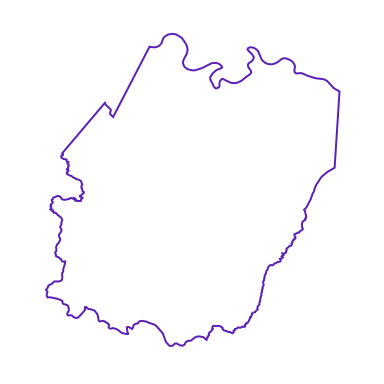 outline of Obando, Valle del Cauca, Colombia, rotated 96°
{"feature_id": "7082276B70785210683383", "entity_name": "Obando", "entity_type": "district", "adm_level": 2, "iso_a3": "COL", "parent_name": "Colombia", "parent_adm1": "Valle del Cauca", "projection": "natural_earth1", "projection_center": [-75.925, 4.598], "detail": "fine", "context": "isolated", "style": "outline", "palette": "violet", "viewbox_px": 384, "rotation_deg": 96, "n_neighbors": 0, "source": "geoboundaries", "source_scale": "gbopen_adm2", "svg_char_len": 5982}
<svg xmlns="http://www.w3.org/2000/svg" viewBox="0 0 384 384"><g transform="rotate(96 192 192)"><path d="M334.4,237.5L334.0,236.9L330.2,235.9L329.7,235.5L328.1,231.9L327.1,231.7L326.1,230.7L325.4,228.6L325.7,223.6L326.5,221.4L327.9,215.2L329.1,213.3L335.6,206.3L343.9,202.2L347.3,198.3L347.2,195.9L346.8,195.1L344.8,193.4L344.2,192.0L344.4,190.9L345.8,187.8L345.8,185.2L344.4,183.3L342.7,182.9L340.6,180.9L339.9,177.5L336.4,173.9L335.1,171.4L334.9,169.4L335.2,165.7L335.6,164.7L336.5,163.9L337.4,162.0L335.5,161.8L335.0,161.1L334.0,161.3L332.8,160.0L331.3,160.5L329.7,159.9L328.8,158.5L327.0,157.7L326.2,157.7L325.8,156.9L324.9,157.5L323.8,157.5L323.3,157.3L322.8,156.3L322.6,155.7L322.9,154.7L322.3,151.2L322.9,149.0L323.8,148.0L323.8,147.4L325.4,147.1L326.4,145.5L326.5,143.9L327.4,141.4L327.3,139.8L328.3,137.0L327.0,135.8L325.8,136.2L325.3,135.9L325.0,135.0L323.8,135.0L323.1,133.2L321.9,132.1L322.0,129.9L320.6,127.5L320.8,126.9L320.3,125.2L319.8,125.2L319.1,125.6L318.2,124.6L317.3,124.7L316.8,124.3L316.6,123.2L314.1,121.9L312.4,121.5L311.4,120.9L310.9,121.2L310.3,121.1L310.1,120.3L307.7,119.5L307.2,119.8L306.6,119.7L305.5,118.4L304.9,116.7L303.4,115.8L302.4,114.7L301.7,114.4L300.5,114.9L299.0,114.6L296.8,113.2L295.0,113.4L292.8,112.7L291.1,113.0L287.2,112.2L285.2,112.4L284.1,111.9L282.6,112.2L281.5,112.0L280.9,111.5L279.9,111.9L276.9,111.0L274.6,111.8L272.8,111.6L272.0,111.0L271.0,111.3L269.4,110.8L267.3,111.1L265.7,110.1L262.6,109.7L261.5,108.9L258.1,108.1L256.3,106.3L256.6,104.9L256.3,103.8L254.5,102.6L254.1,101.2L252.7,99.8L252.4,98.2L251.8,96.9L250.4,96.7L249.3,97.6L248.8,96.3L247.6,94.8L247.0,95.1L246.5,96.0L245.2,94.5L244.6,95.4L243.7,95.7L244.0,94.3L243.0,93.4L242.5,92.3L241.2,92.2L240.3,91.7L239.9,92.1L238.2,92.0L237.6,91.0L235.6,89.5L235.1,87.9L234.7,87.7L233.3,87.1L232.5,87.6L231.5,86.7L230.3,87.0L229.5,86.5L229.2,85.8L228.3,85.8L227.7,84.6L227.2,84.8L226.2,84.3L225.1,85.3L223.3,85.7L221.9,83.1L221.2,82.5L221.2,81.3L220.6,81.1L219.2,79.9L217.8,78.1L216.5,78.0L215.8,78.8L212.5,79.3L210.1,79.0L209.2,77.9L208.5,77.6L208.1,76.7L207.5,76.8L207.0,76.3L206.4,76.4L206.1,76.0L205.6,76.2L204.4,75.8L200.8,77.2L199.5,77.4L197.9,78.7L195.6,76.7L186.8,73.2L180.4,71.7L179.0,70.9L174.5,70.1L171.5,69.0L163.9,65.1L161.8,63.3L157.7,59.2L153.0,52.7L76.6,55.8L73.8,62.0L67.5,69.1L66.4,71.6L66.0,73.7L66.0,80.1L65.4,84.1L64.1,89.9L62.5,94.7L62.4,96.4L63.1,100.1L63.0,101.2L61.8,102.6L60.7,102.9L56.7,102.7L55.0,103.2L52.4,105.1L50.4,108.2L49.2,113.1L49.4,114.8L50.4,116.8L53.8,120.3L55.6,123.1L56.7,126.0L56.8,129.7L55.9,132.7L53.8,135.8L52.9,136.6L45.5,140.7L43.8,142.3L42.7,144.3L42.1,146.0L41.9,148.0L42.3,150.1L43.4,151.5L44.7,151.6L49.0,146.4L51.1,144.8L52.0,144.6L54.1,145.1L56.1,146.7L57.4,148.4L59.3,149.7L61.9,149.1L65.2,146.2L66.3,145.7L67.5,145.7L69.8,147.6L71.7,150.0L76.0,154.2L78.3,157.8L79.0,159.8L79.3,161.1L79.3,164.6L78.8,166.5L76.2,173.5L76.3,173.9L77.5,175.0L79.2,175.9L81.9,176.0L83.8,175.7L85.0,176.2L86.3,178.2L86.5,179.3L85.7,180.5L84.2,181.8L81.3,183.3L79.3,185.0L77.0,185.9L75.5,185.7L71.9,183.8L68.3,180.6L65.5,175.4L64.6,175.1L63.3,176.1L61.6,178.8L61.2,180.6L61.4,184.7L62.1,186.3L67.6,194.7L70.6,201.5L71.0,204.5L70.3,209.3L68.9,211.8L67.7,213.0L65.0,214.4L63.7,214.6L60.5,213.9L55.5,211.8L52.3,211.3L50.7,211.3L48.0,212.1L44.8,213.9L39.8,218.3L37.3,223.4L36.9,224.8L36.7,228.1L38.0,232.4L40.7,235.8L42.7,236.8L47.1,237.8L50.1,240.0L51.2,241.8L52.0,244.0L52.1,248.0L51.9,249.4L125.7,278.3L123.1,281.4L122.2,281.7L119.3,281.3L118.3,281.6L114.3,286.8L112.4,287.9L167.2,325.2L167.8,324.3L168.5,324.1L169.0,324.4L169.5,325.7L171.3,325.6L172.5,323.5L172.8,320.4L173.1,320.1L174.3,320.0L175.2,318.1L175.9,318.9L176.6,319.0L177.0,318.7L177.6,317.6L178.7,317.2L180.2,318.0L181.2,317.6L182.5,318.9L183.0,318.5L183.1,317.3L183.8,317.0L184.6,317.4L185.7,318.6L187.0,318.3L188.4,315.4L188.6,313.7L190.0,311.5L190.4,309.9L191.2,308.6L191.4,306.8L192.5,303.7L196.0,301.9L197.1,302.5L199.2,302.5L199.8,301.7L201.2,301.5L202.7,300.8L203.2,299.7L203.8,299.4L204.8,299.8L205.4,300.9L207.0,301.9L207.6,303.1L208.2,302.9L208.2,302.1L208.6,301.7L209.0,300.4L209.3,300.5L209.2,301.6L209.8,300.6L210.5,301.5L211.4,301.7L212.3,301.5L212.6,301.7L212.9,304.6L212.6,305.3L213.0,306.1L212.7,307.1L212.1,306.9L211.8,307.7L211.0,307.3L210.8,308.5L210.3,308.7L210.2,309.1L211.1,309.7L210.7,311.0L210.7,312.4L211.9,313.5L212.3,315.4L213.1,317.3L213.0,319.9L212.4,321.0L211.1,321.8L210.3,322.9L209.9,325.3L211.5,327.9L212.1,329.4L213.4,329.6L214.5,330.7L215.5,330.5L216.6,329.4L217.5,329.5L218.8,330.8L219.8,331.3L220.5,330.5L221.4,331.1L222.9,330.1L224.0,331.1L224.4,330.1L225.1,329.7L224.7,329.2L224.8,328.3L225.5,328.6L226.2,327.8L227.1,327.4L226.7,326.3L227.1,326.0L227.4,324.5L229.1,323.1L229.3,322.3L231.5,319.1L233.4,318.1L236.3,318.7L237.9,318.5L240.4,319.5L243.6,317.7L245.4,318.2L248.7,320.0L250.8,319.2L252.2,318.3L253.5,318.1L256.3,319.1L258.3,320.7L260.9,321.4L264.7,320.7L266.3,321.7L266.9,321.7L268.3,320.8L269.5,320.9L270.3,320.1L270.8,318.1L272.6,315.3L274.5,314.0L274.8,312.3L274.2,311.0L274.5,310.8L275.3,311.1L276.3,310.8L282.4,312.0L284.7,311.8L286.4,312.7L290.9,312.0L293.2,312.3L294.1,313.3L294.9,315.1L295.4,319.6L298.1,322.0L299.6,324.5L300.4,325.1L302.9,325.8L304.6,327.0L306.3,325.3L309.3,325.8L311.1,325.3L312.0,324.5L311.7,323.6L311.6,321.1L312.1,316.0L313.0,311.6L314.0,309.5L315.7,309.2L316.7,308.4L317.5,304.4L318.3,303.4L320.7,302.3L323.0,302.2L326.0,303.4L327.1,303.1L327.8,302.1L327.1,299.0L327.9,297.7L328.6,297.1L329.2,295.4L329.4,294.3L328.9,292.4L325.5,289.5L320.2,285.9L317.9,286.5L317.6,286.3L317.5,285.2L319.1,282.9L319.4,279.6L320.1,276.7L322.1,274.6L324.3,272.9L329.5,271.4L330.2,270.9L330.4,270.3L329.6,267.9L329.5,266.3L331.7,261.5L332.6,260.7L334.7,260.9L335.9,260.2L336.3,259.4L336.3,258.1L335.6,256.2L336.1,253.2L337.4,250.4L339.4,247.3L340.0,243.5L340.0,242.0L339.9,240.9L339.4,240.6L338.3,241.5L334.6,242.4L333.6,242.6L333.0,242.2L332.8,241.0L334.4,237.5Z" fill="none" stroke="#5b21b6" stroke-width="2"/></g></svg>